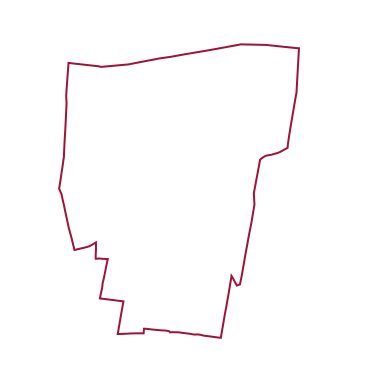 Bechet, Romania (Natural Earth projection), rotated 170°
{"feature_id": "2599482B89489241189907", "entity_name": "Bechet", "entity_type": "district", "adm_level": 2, "iso_a3": "ROU", "parent_name": "Romania", "parent_adm1": "", "projection": "natural_earth1", "projection_center": [23.959, 43.776], "detail": "fine", "context": "isolated", "style": "outline", "palette": "rose", "viewbox_px": 384, "rotation_deg": 170, "n_neighbors": 0, "source": "geoboundaries", "source_scale": "gbopen_adm2", "svg_char_len": 2065}
<svg xmlns="http://www.w3.org/2000/svg" viewBox="0 0 384 384"><g transform="rotate(170 192 192)"><path d="M289.8,65.0L281.8,63.9L276.7,63.3L271.5,62.5L266.4,61.6L264.2,61.2L263.0,65.7L262.4,65.6L261.1,65.3L255.4,63.6L249.3,61.9L245.9,61.0L241.5,60.0L240.1,59.4L238.9,59.0L238.4,58.3L238.0,57.6L237.4,57.5L235.8,57.4L230.8,56.4L229.8,56.2L222.5,53.9L219.9,53.1L218.0,52.5L216.3,51.8L214.0,51.1L213.2,51.0L212.2,50.9L211.4,50.8L210.6,50.6L209.6,50.3L208.6,49.9L207.5,49.5L206.6,49.1L206.0,48.7L205.3,48.5L203.8,48.0L200.4,47.0L197.0,45.9L193.9,44.9L191.6,44.2L188.9,43.4L188.4,44.9L180.8,66.1L179.0,70.8L174.7,82.5L171.2,92.4L168.6,99.7L167.7,102.5L166.6,99.8L164.1,92.1L160.8,92.7L157.4,101.4L151.0,119.1L145.3,134.5L143.2,140.2L139.1,150.7L132.7,168.7L131.3,180.1L119.6,211.2L119.5,211.7L118.9,212.3L117.7,213.0L116.6,213.5L114.5,214.4L112.6,214.9L111.1,214.9L107.4,214.9L104.2,215.3L101.1,215.5L97.7,216.3L94.1,217.6L90.2,218.9L89.5,221.6L87.1,229.0L83.9,238.3L80.0,249.2L78.0,254.7L74.2,265.4L71.9,271.5L61.7,315.0L65.4,315.9L94.0,324.1L118.2,328.9L143.3,328.7L150.1,328.7L151.7,328.7L176.7,328.9L188.5,328.8L201.4,329.2L232.6,328.7L259.8,331.0L262.3,332.1L264.8,332.8L288.7,339.8L291.2,340.6L298.0,313.6L298.5,311.3L298.8,310.1L299.0,309.2L299.3,308.0L300.1,301.4L301.8,293.7L306.0,275.2L307.8,267.8L309.3,261.3L312.2,248.3L313.2,245.4L314.2,242.3L315.6,238.1L317.5,232.4L319.5,226.4L320.9,222.3L321.0,221.9L321.8,219.8L322.3,218.4L320.8,212.1L320.8,209.5L320.6,205.1L320.4,202.0L320.2,194.0L320.0,190.3L319.6,178.1L319.0,171.7L318.6,167.3L318.2,161.1L317.8,155.3L312.7,155.6L308.6,155.8L304.1,156.2L301.9,156.5L301.0,156.9L298.9,157.7L297.2,158.3L295.4,159.0L295.7,156.6L296.0,155.7L296.0,155.3L296.1,154.7L296.4,152.7L297.9,146.1L298.3,144.0L298.4,143.0L298.2,142.9L295.3,142.7L291.9,141.8L289.4,141.2L286.6,140.6L286.8,140.1L289.4,133.6L291.0,129.5L293.7,122.6L296.1,117.0L296.5,115.2L297.5,112.3L298.1,110.9L300.3,105.5L301.2,103.2L297.0,101.9L288.8,99.4L283.5,97.7L278.5,96.2L283.0,84.0L289.8,65.0Z" fill="none" stroke="#9f1239" stroke-width="2"/></g></svg>